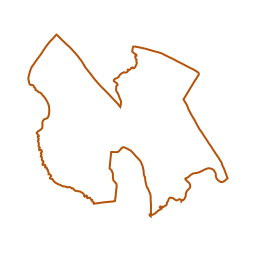 outline of Kampong Rou, Svay Rieng, Cambodia, rotated 186°
{"feature_id": "14789045B79980971591511", "entity_name": "Kampong Rou", "entity_type": "district", "adm_level": 2, "iso_a3": "KHM", "parent_name": "Cambodia", "parent_adm1": "Svay Rieng", "projection": "albers", "projection_center": [105.949, 10.943], "detail": "fine", "context": "isolated", "style": "outline", "palette": "amber", "viewbox_px": 256, "rotation_deg": 186, "n_neighbors": 0, "source": "geoboundaries", "source_scale": "gbopen_adm2", "svg_char_len": 5750}
<svg xmlns="http://www.w3.org/2000/svg" viewBox="0 0 256 256"><g transform="rotate(186 128 128)"><path d="M206.5,80.8L206.2,80.1L205.7,80.0L204.9,79.9L204.4,79.6L204.4,78.7L203.7,78.4L203.2,77.4L203.0,76.7L202.4,75.5L202.2,74.9L202.1,73.8L201.6,74.0L200.9,73.7L199.9,72.9L199.3,72.2L199.9,71.3L200.4,70.3L200.4,69.9L200.0,69.5L198.8,69.4L198.0,69.4L197.2,68.7L196.6,67.6L196.0,67.1L195.1,66.5L194.2,65.9L193.3,65.6L192.3,65.1L190.7,64.6L189.2,64.2L188.1,63.7L187.2,63.4L186.0,63.2L184.5,63.3L183.7,63.1L182.3,62.6L181.2,62.9L180.2,63.2L179.2,63.0L178.5,62.6L177.6,62.1L176.8,62.3L176.3,62.0L175.4,61.3L174.4,60.3L173.4,60.1L172.1,59.9L170.2,59.9L168.9,59.8L168.1,59.4L167.5,59.1L166.3,58.6L165.4,57.9L164.7,56.6L164.3,55.5L163.8,55.2L163.0,56.1L162.2,56.5L161.5,55.7L161.4,54.2L161.0,54.0L160.1,54.2L159.2,54.7L158.3,54.4L157.7,53.7L157.0,52.6L156.2,52.7L156.0,52.3L155.9,51.5L155.7,51.0L155.0,50.8L154.1,50.2L154.3,49.7L154.0,49.1L153.0,49.4L144.5,51.5L141.1,52.2L137.2,53.0L133.4,53.9L133.2,57.5L133.2,61.7L133.3,64.7L133.1,68.1L133.6,71.1L135.6,73.0L137.1,74.5L137.6,76.2L138.0,78.3L138.3,81.5L138.9,82.0L139.4,83.3L140.2,84.5L142.1,85.8L142.2,102.4L140.4,102.6L138.4,102.6L136.0,103.0L135.0,103.5L133.8,105.1L132.4,107.1L130.9,108.4L129.4,108.3L126.2,107.2L122.6,105.6L119.7,103.1L117.1,100.6L114.7,98.7L114.0,98.2L112.7,96.7L112.0,96.1L111.3,95.0L110.8,93.9L110.0,92.7L109.0,90.2L108.0,87.0L107.7,84.9L107.2,82.9L106.5,81.6L106.0,81.1L106.0,80.7L105.7,79.7L105.1,76.9L104.7,75.6L103.9,73.4L103.3,71.8L102.6,70.4L101.7,69.8L101.0,68.1L100.5,67.3L99.6,65.8L98.9,64.5L98.2,61.8L98.0,59.2L97.4,55.8L96.7,50.7L96.6,47.7L96.2,46.1L96.1,45.4L96.4,45.1L97.3,44.5L97.5,43.9L97.2,43.1L96.2,42.6L96.4,43.5L96.0,44.0L95.6,44.1L94.9,44.1L94.3,44.4L93.0,45.2L91.7,46.2L91.3,47.0L90.5,47.7L89.8,48.2L89.3,49.2L88.3,49.6L86.3,51.1L87.6,52.0L88.1,52.5L87.8,53.2L87.4,53.4L86.8,53.2L84.9,53.0L84.4,53.3L83.4,54.2L82.2,54.9L81.6,55.7L81.4,56.9L81.5,57.9L80.9,58.9L80.5,59.7L80.0,61.9L79.1,63.0L77.6,63.2L76.6,63.0L75.7,62.8L75.2,62.6L74.3,62.0L73.8,61.7L72.8,61.2L72.0,61.1L71.3,61.3L70.2,62.2L69.0,62.6L68.0,62.2L67.6,61.8L67.3,60.7L66.9,61.4L66.0,62.1L65.5,62.1L65.0,62.6L64.5,63.6L63.9,64.9L63.5,66.6L63.6,67.9L63.5,69.6L62.8,71.6L61.7,73.0L60.6,74.4L60.1,75.3L60.0,76.7L60.4,78.2L61.0,79.2L61.5,79.8L62.0,80.2L62.5,80.5L63.5,81.2L63.8,81.5L65.0,82.4L65.7,83.4L65.3,84.0L64.8,84.4L64.0,84.6L63.1,85.3L60.9,87.7L58.7,89.5L57.4,89.9L55.4,90.4L53.3,91.1L51.6,92.0L49.3,93.4L46.8,95.1L44.9,96.0L43.5,96.4L41.6,96.4L39.9,95.9L38.4,95.1L37.3,93.8L36.5,92.7L36.0,91.9L35.8,90.8L35.6,89.2L34.8,87.3L33.5,85.9L31.6,84.6L30.1,84.0L28.4,84.1L27.0,85.0L25.9,86.0L23.7,88.4L27.9,96.8L28.8,98.5L29.6,99.6L30.4,101.1L31.6,103.8L33.8,106.4L35.2,108.4L36.7,110.0L39.7,113.7L41.0,115.2L42.3,116.9L43.8,118.8L45.9,121.1L47.3,122.9L49.1,125.2L51.3,127.7L53.6,130.7L56.8,134.3L60.1,139.0L63.1,143.5L66.1,147.4L69.9,153.1L71.6,156.7L75.8,162.2L66.2,182.6L63.2,188.4L63.3,189.5L63.6,190.2L64.5,190.8L66.2,191.7L69.7,193.3L73.1,194.5L76.3,195.8L80.6,197.5L85.7,199.4L90.5,201.4L94.9,202.9L97.5,203.9L99.7,204.7L102.2,205.7L103.1,205.9L105.4,206.4L109.0,206.9L117.9,208.5L121.8,209.0L125.7,209.4L128.3,209.6L130.4,209.7L131.2,209.6L131.5,208.9L131.7,207.5L131.8,205.5L131.6,204.2L130.5,203.5L129.3,202.6L128.1,202.2L127.3,201.7L127.1,200.8L128.2,200.4L128.4,199.8L127.6,197.7L126.6,196.9L126.6,196.0L126.7,194.9L126.1,194.0L126.0,193.1L126.3,192.1L126.7,190.8L127.9,188.3L129.1,187.9L130.0,188.7L131.0,188.1L131.9,186.5L132.9,185.9L134.2,186.0L134.3,185.3L134.0,184.5L134.6,183.7L135.4,183.1L136.7,182.8L138.0,183.0L139.3,182.2L140.4,181.4L141.2,180.6L142.0,179.3L142.6,177.9L143.6,176.9L144.7,176.2L145.2,176.1L146.2,175.5L146.9,174.6L147.1,173.4L146.5,172.8L144.9,172.0L143.6,171.2L143.0,170.4L142.9,169.7L143.5,169.0L144.1,168.3L143.9,167.4L143.9,164.7L143.4,163.4L142.6,162.5L142.0,161.9L141.4,160.8L140.8,159.7L139.4,156.8L138.5,155.2L137.7,153.9L137.6,153.0L137.7,152.2L137.6,150.9L137.9,148.2L140.6,150.9L149.7,158.7L154.7,162.9L159.6,166.8L162.9,169.8L167.2,173.9L171.2,178.2L175.2,182.2L177.8,185.0L177.8,185.5L178.1,186.0L178.6,186.3L179.3,187.2L180.2,188.5L181.2,189.7L182.1,190.7L183.3,191.9L184.5,193.3L185.8,194.6L186.8,195.6L187.7,196.4L189.0,197.7L190.0,198.4L192.7,200.9L195.4,203.1L196.9,204.1L197.6,204.6L200.4,206.8L202.3,208.2L205.1,210.4L206.2,211.4L207.3,212.3L209.0,213.4L210.6,211.0L212.8,208.1L214.9,205.6L217.9,200.7L220.1,196.6L222.6,191.7L226.4,185.4L228.4,181.6L230.0,178.9L231.2,175.1L231.8,171.5L232.2,168.6L232.3,166.6L231.9,165.4L231.8,164.9L231.4,164.0L231.0,162.6L230.6,161.6L229.9,160.9L228.4,160.6L227.1,160.7L226.4,160.3L225.9,159.0L225.3,158.5L224.5,158.0L224.1,157.3L224.1,156.3L223.6,155.9L222.7,155.8L221.4,155.0L220.7,154.3L219.3,154.1L217.8,153.3L216.7,152.0L214.4,150.0L212.8,148.1L211.7,146.5L210.5,144.8L209.7,143.3L209.1,142.0L208.7,140.7L208.4,139.0L208.1,137.3L208.0,135.1L208.1,133.0L208.4,131.0L208.9,130.0L209.9,129.0L212.3,127.9L213.3,126.4L213.8,124.4L213.4,122.5L213.3,120.7L213.3,119.1L214.2,117.6L217.0,115.3L218.2,114.0L218.3,113.4L217.4,112.4L216.8,112.0L216.1,111.3L215.8,110.7L216.8,110.1L216.3,108.5L215.7,108.0L216.0,107.4L215.8,107.0L215.7,106.4L216.2,105.7L215.9,105.2L215.7,104.4L215.1,103.7L215.2,103.1L214.9,102.1L215.1,101.1L215.1,100.7L214.8,100.3L213.6,99.2L213.9,98.3L214.2,98.0L214.2,97.2L213.6,96.7L213.1,96.7L212.4,97.0L211.8,96.9L211.5,96.3L211.1,95.3L211.5,94.9L212.1,93.9L211.7,93.3L211.2,92.5L211.5,92.0L211.7,91.6L211.6,91.2L211.8,90.8L210.9,90.3L211.0,89.9L210.8,89.5L210.5,89.0L210.3,88.2L210.4,87.3L209.7,86.5L209.1,86.4L208.5,85.6L209.0,84.1L209.3,83.5L209.2,82.8L208.8,82.3L208.0,82.6L207.2,82.8L206.4,82.3L206.1,81.8L206.0,81.4L206.5,80.8Z" fill="none" stroke="#b45309" stroke-width="2"/></g></svg>